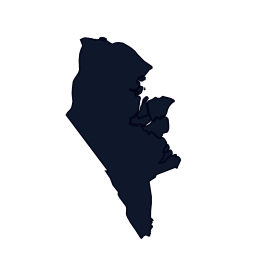 Indragiri Hilir, Riau, Indonesia (Equal Earth projection), rotated 323°
{"feature_id": "22746128B36468792556341", "entity_name": "Indragiri Hilir", "entity_type": "district", "adm_level": 2, "iso_a3": "IDN", "parent_name": "Indonesia", "parent_adm1": "Riau", "projection": "equal_earth", "projection_center": [103.334, -0.292], "detail": "fine", "context": "isolated", "style": "filled", "palette": "ink", "viewbox_px": 256, "rotation_deg": 323, "n_neighbors": 0, "source": "geoboundaries", "source_scale": "gbopen_adm2", "svg_char_len": 6017}
<svg xmlns="http://www.w3.org/2000/svg" viewBox="0 0 256 256"><g transform="rotate(323 128 128)"><path d="M150.8,181.4L150.2,180.7L148.8,180.2L150.3,178.7L150.2,178.1L149.1,177.3L146.9,177.2L144.9,176.0L140.8,176.3L137.1,177.3L135.4,176.6L134.1,176.8L131.7,174.9L132.5,174.3L134.6,174.0L135.8,173.3L139.4,172.3L140.1,171.4L141.3,169.4L141.3,168.8L141.8,168.1L142.1,167.8L143.1,167.8L144.8,165.9L146.2,165.8L148.7,164.7L149.4,163.6L149.9,162.5L150.3,159.1L150.3,157.9L149.6,156.5L147.4,155.8L146.2,154.7L145.9,153.0L145.1,150.4L144.4,145.0L143.9,144.9L141.8,145.8L140.3,145.4L141.2,142.0L141.2,141.4L141.0,141.0L140.1,140.7L139.0,139.5L138.7,138.7L139.6,136.2L140.5,135.2L139.9,134.3L136.7,132.0L134.8,129.5L133.4,129.5L133.3,127.5L132.2,127.0L131.8,126.5L131.7,125.5L133.5,124.6L134.8,122.2L136.2,121.3L139.0,122.2L139.9,122.2L146.8,120.3L150.0,116.8L152.0,115.1L152.5,114.1L155.4,111.9L156.1,110.5L155.7,109.1L153.3,107.4L153.4,105.5L154.6,104.8L154.9,103.5L154.8,103.0L154.1,102.2L154.4,101.4L154.0,99.8L153.1,100.3L152.7,100.0L152.9,98.9L152.5,98.6L153.1,98.0L156.0,101.1L156.3,101.5L156.3,102.5L156.8,102.5L158.0,101.9L159.1,102.7L159.7,102.0L161.6,101.5L162.6,100.5L163.3,100.4L164.2,99.1L164.5,98.2L164.4,97.4L163.8,96.8L162.8,97.5L162.1,97.4L163.8,95.6L164.7,95.2L166.2,93.8L167.8,94.8L168.3,94.6L170.5,95.3L170.4,94.9L171.8,95.7L172.8,95.9L177.2,94.9L177.9,94.5L178.4,94.6L179.2,94.1L183.1,94.5L183.7,93.8L183.8,93.1L180.9,84.5L179.6,75.0L179.5,71.0L178.7,67.0L177.4,63.2L175.0,57.7L174.2,56.6L171.7,54.2L169.3,52.7L166.0,51.8L165.0,50.3L163.7,46.3L162.8,45.2L160.8,43.3L159.0,40.6L155.6,38.6L155.5,38.1L154.9,38.0L154.9,37.7L154.6,37.6L152.4,34.7L150.5,33.1L150.4,32.6L149.9,32.4L148.4,30.7L146.4,29.6L143.3,29.0L141.5,35.2L137.8,37.2L134.3,39.8L130.1,44.4L124.5,52.5L121.9,54.3L114.1,57.2L112.0,58.4L108.1,62.5L104.3,67.0L100.1,73.8L97.0,76.7L95.2,78.0L93.5,78.8L89.0,79.5L86.6,80.5L86.5,147.3L86.8,148.2L85.7,150.1L85.3,150.0L84.3,149.1L83.9,157.5L82.1,163.6L81.8,165.3L82.1,173.3L80.2,175.4L79.7,178.6L79.6,189.3L79.2,190.6L78.5,191.8L75.4,195.5L74.7,196.8L74.1,199.2L73.3,204.9L72.9,214.9L72.2,223.5L72.5,224.0L73.7,223.9L75.0,223.4L77.7,223.7L78.3,224.1L78.9,225.5L79.9,226.9L80.4,227.0L81.0,226.2L82.5,225.5L82.8,223.9L83.8,223.8L83.8,222.5L84.3,222.8L85.5,222.2L85.9,222.3L86.6,221.3L87.8,221.7L88.2,221.1L88.0,218.9L88.6,218.1L89.2,218.1L89.6,217.7L90.1,217.9L90.4,217.1L90.0,216.3L90.2,215.7L91.3,216.5L91.6,216.1L92.3,216.4L92.2,214.8L91.6,214.1L92.5,212.2L96.1,207.6L101.3,202.0L105.3,196.6L112.0,184.1L112.7,183.2L115.9,183.2L119.8,183.6L122.4,182.2L123.9,182.5L142.2,187.7L142.5,187.8L142.7,189.0L143.3,189.4L143.6,189.2L144.1,188.4L145.1,188.1L150.6,185.1L151.1,182.9L150.8,181.4ZM162.1,119.5L160.7,118.9L159.1,119.3L157.4,121.7L155.2,125.8L153.3,129.7L152.7,132.5L151.6,135.9L151.8,136.7L152.5,137.4L153.1,137.6L157.0,136.1L158.0,136.7L159.3,139.4L161.5,138.8L162.9,138.9L164.4,140.2L164.8,139.9L165.2,140.3L167.3,139.4L169.5,137.8L170.5,136.8L172.7,135.8L173.1,135.4L177.1,134.4L179.3,134.3L180.6,134.5L181.2,134.1L181.1,133.1L179.6,130.0L174.5,123.7L173.9,123.7L172.9,124.2L172.9,123.9L170.5,123.4L170.4,123.0L169.6,122.5L169.0,121.8L168.5,120.4L168.0,120.1L166.0,120.1L164.0,119.9L162.9,119.4L162.1,119.5ZM144.2,137.8L140.9,135.7L139.8,136.4L138.9,138.7L140.1,140.3L141.1,140.8L141.4,141.2L140.8,145.0L144.1,144.4L145.0,145.3L146.6,154.0L147.0,154.6L148.2,155.1L149.2,155.2L149.7,154.7L151.0,154.3L152.0,153.4L153.1,153.1L156.6,154.6L157.0,154.5L157.1,154.2L157.6,154.4L158.5,154.0L160.5,152.4L160.7,151.6L160.9,151.6L161.7,150.7L164.8,145.7L165.2,144.7L165.2,143.9L164.9,142.5L163.5,140.8L162.0,140.2L159.5,140.7L158.9,140.5L158.0,139.3L157.5,137.6L157.0,137.1L153.3,138.6L151.9,138.1L151.2,137.3L149.4,138.0L147.3,138.3L144.2,137.8ZM138.8,123.2L136.5,122.2L135.8,122.3L133.9,125.1L132.3,126.2L132.4,126.5L133.5,126.9L133.9,127.7L135.6,128.4L137.6,131.0L138.9,131.6L140.1,132.5L141.9,134.7L143.9,135.8L149.4,135.9L150.4,135.5L151.7,133.7L152.3,131.5L152.3,130.5L150.4,129.1L148.9,129.3L147.4,128.1L146.2,128.1L145.4,128.5L143.7,127.1L142.4,127.3L142.1,127.1L142.1,126.5L142.8,124.7L142.0,123.1L138.8,123.2ZM153.4,126.9L157.7,118.5L157.9,118.0L157.2,117.1L154.1,117.7L151.3,118.7L149.2,120.7L147.7,121.7L142.1,123.0L142.9,124.6L142.9,124.9L142.3,126.5L142.2,127.1L143.7,126.9L145.2,128.3L146.4,127.8L147.5,127.9L149.1,129.0L151.0,129.0L152.3,130.1L153.4,126.9ZM141.9,169.7L141.4,169.9L140.4,171.8L139.6,172.6L134.1,174.4L132.9,174.4L132.5,174.8L133.0,175.6L133.8,176.2L135.9,176.3L137.5,176.8L140.3,175.7L142.5,175.8L144.9,175.2L146.8,175.8L147.9,174.8L148.8,173.0L148.7,171.6L148.3,171.6L148.4,171.3L147.1,170.4L144.6,170.9L141.9,169.7ZM163.6,103.3L162.8,101.8L161.7,102.4L160.2,102.4L159.5,103.1L158.3,103.6L157.4,104.3L157.7,105.5L156.5,105.7L156.5,107.3L158.7,107.8L160.1,107.4L163.5,105.3L164.0,104.7L164.2,103.9L163.6,103.3ZM149.7,165.5L149.4,165.1L148.8,165.1L147.4,165.4L146.4,166.0L144.9,166.0L143.0,168.1L142.1,168.0L141.5,168.7L141.3,169.2L143.4,169.7L144.6,170.3L148.2,169.0L148.8,168.6L149.5,167.3L149.7,165.5ZM161.4,114.1L158.7,114.2L156.9,114.8L154.1,117.1L157.1,116.6L158.8,117.5L161.9,116.3L162.0,115.5L161.9,114.5L161.4,114.1ZM168.5,96.7L168.4,96.0L168.1,95.4L166.2,94.0L164.8,95.4L166.2,96.8L166.4,97.7L167.0,98.4L168.2,99.1L169.0,98.9L169.1,98.6L168.5,96.7ZM163.7,44.4L164.0,43.9L164.0,43.4L163.0,41.5L160.9,39.7L159.9,39.4L159.4,39.7L160.0,41.0L161.1,42.4L163.7,44.4ZM170.7,99.4L172.0,98.0L171.9,97.4L170.4,95.6L168.4,94.9L168.0,95.0L168.5,96.0L169.1,98.4L170.0,99.2L170.7,99.4ZM156.3,105.7L157.6,105.3L157.2,104.4L156.3,103.4L155.8,103.4L155.3,103.7L154.8,105.0L153.7,105.9L155.3,107.1L156.3,107.3L156.3,105.7ZM153.9,99.0L152.9,98.3L152.8,98.5L153.0,99.4L152.8,99.8L153.2,100.0L153.7,99.5L154.2,99.7L154.5,101.0L154.4,102.2L155.2,103.2L156.0,103.0L157.4,103.9L158.4,102.8L158.0,102.4L156.9,103.0L156.2,102.8L155.9,102.4L155.9,101.5L154.8,100.5L153.9,99.0ZM163.9,107.4L164.6,107.3L164.8,106.9L163.9,107.4Z" fill="#0f172a" stroke="#020617" stroke-width="1.5"/></g></svg>